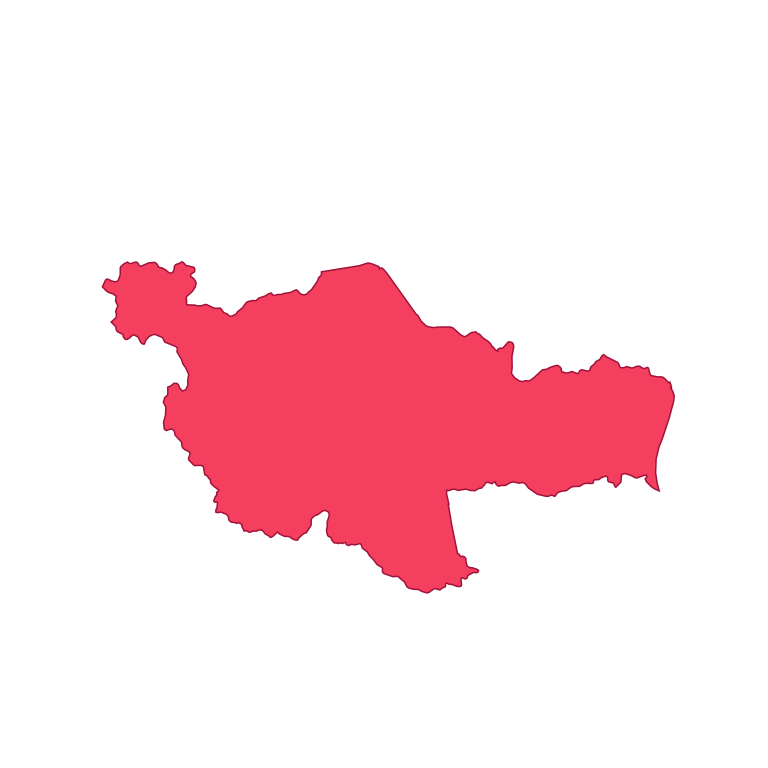 the district of Salitre, Guayas, Ecuador, rotated 317°
{"feature_id": "8360857B73646233564804", "entity_name": "Salitre", "entity_type": "district", "adm_level": 2, "iso_a3": "ECU", "parent_name": "Ecuador", "parent_adm1": "Guayas", "projection": "albers", "projection_center": [-79.812, -1.795], "detail": "fine", "context": "isolated", "style": "filled", "palette": "rose", "viewbox_px": 768, "rotation_deg": 317, "n_neighbors": 0, "source": "geoboundaries", "source_scale": "gbopen_adm2", "svg_char_len": 6171}
<svg xmlns="http://www.w3.org/2000/svg" viewBox="0 0 768 768"><g transform="rotate(317 384 384)"><path d="M454.9,284.6L446.5,280.6L414.8,259.3L412.4,261.6L408.7,261.7L405.6,263.3L395.3,265.6L390.9,265.3L389.1,265.7L386.2,264.2L384.9,262.3L384.4,260.9L384.5,256.7L384.0,255.2L377.9,253.2L372.1,249.2L370.8,249.1L367.2,246.0L364.3,244.6L363.3,242.9L363.7,240.7L361.4,239.4L357.4,238.7L351.1,235.8L347.1,235.8L345.2,233.6L341.1,231.1L338.9,230.5L332.6,231.7L326.5,231.3L323.3,231.9L318.8,230.5L317.3,228.9L317.0,225.7L315.5,222.5L316.1,217.5L315.7,216.4L313.4,214.8L311.4,212.4L308.5,205.1L307.5,203.9L303.8,202.2L301.1,199.9L299.4,197.2L294.0,191.8L293.9,191.1L297.2,187.6L297.5,186.6L299.3,185.4L306.9,185.6L311.8,184.5L315.1,182.4L315.9,181.3L316.6,178.5L316.7,176.4L316.0,173.9L316.4,172.8L318.0,172.0L321.3,172.7L322.6,172.3L324.3,170.5L324.5,168.9L320.0,162.2L320.1,158.4L319.5,156.7L317.3,156.4L313.0,154.6L311.2,154.9L308.2,157.3L306.2,158.0L304.8,158.2L303.6,157.5L302.5,155.2L302.2,151.9L300.9,147.9L299.0,145.2L299.8,140.8L299.1,138.5L294.2,134.8L286.6,132.2L285.7,130.4L286.5,127.8L286.1,126.1L285.2,125.2L281.3,123.5L279.9,122.0L279.5,119.9L275.9,118.8L271.4,118.7L270.3,119.2L265.5,124.3L260.7,126.7L259.1,127.0L256.9,125.7L254.6,122.2L254.4,120.8L253.4,118.8L252.5,118.1L251.1,118.1L244.3,120.9L244.4,126.7L245.2,129.7L247.2,133.0L248.0,137.2L244.2,140.3L242.7,145.3L238.0,147.4L237.0,148.2L236.1,150.2L233.5,152.7L226.7,152.6L226.9,158.8L224.9,162.4L224.7,163.9L226.8,169.6L225.4,172.1L225.2,174.0L225.5,175.3L226.7,176.2L229.0,176.8L233.3,176.8L234.8,177.8L236.1,182.0L234.4,187.9L234.7,189.7L235.5,191.1L236.0,191.3L239.7,189.6L244.4,189.0L248.8,190.4L250.4,191.7L253.5,198.5L253.3,200.6L252.2,203.7L257.3,214.7L257.4,216.1L257.0,217.2L254.5,219.3L252.6,228.1L250.5,232.4L250.1,236.4L247.8,243.7L243.2,247.3L239.7,251.1L235.2,253.0L231.8,251.6L231.8,247.8L233.2,244.1L232.8,242.1L230.8,240.2L226.9,240.1L223.8,238.8L218.8,244.1L217.5,244.6L214.5,244.3L210.2,246.8L208.8,252.1L202.6,258.0L196.8,261.5L192.9,266.6L192.5,267.6L193.0,269.6L197.1,271.4L198.1,272.5L198.6,274.5L198.2,276.0L196.3,279.1L196.3,288.5L194.3,291.0L193.3,293.2L193.5,296.2L195.0,299.9L195.2,301.9L194.4,302.9L190.0,305.2L189.4,306.6L189.6,314.2L194.5,318.5L195.7,321.0L191.1,328.1L192.1,331.0L191.6,332.6L191.6,335.8L189.9,337.8L189.5,340.3L190.7,348.5L190.6,349.1L189.7,349.4L187.7,349.2L186.2,351.0L183.4,351.5L179.7,353.4L179.5,354.7L181.3,356.4L181.1,357.4L177.2,360.8L175.4,361.3L173.6,362.9L174.2,364.3L177.4,366.5L179.8,371.7L179.9,374.1L177.7,378.1L178.0,380.8L180.6,384.0L181.2,385.5L182.9,386.0L183.9,388.5L184.0,390.0L182.9,391.3L181.4,396.2L183.7,397.8L184.0,399.7L184.8,401.1L187.6,402.0L190.6,404.7L193.3,405.6L195.3,408.2L194.9,413.0L196.0,415.6L196.3,418.8L199.1,419.7L205.1,419.6L205.3,422.5L206.8,426.4L207.6,427.9L210.4,430.5L211.7,435.8L213.8,438.9L214.7,439.2L216.7,438.5L222.9,438.6L225.9,439.8L233.4,437.9L234.8,437.2L238.5,433.3L241.0,432.9L244.0,433.2L246.3,434.4L252.4,435.0L254.5,436.1L255.2,437.3L256.0,440.0L254.6,442.6L248.1,446.3L245.2,449.7L242.5,451.4L240.5,454.3L239.4,456.5L239.6,458.0L240.6,459.9L239.4,462.3L239.2,466.4L240.9,467.8L241.7,469.5L243.5,470.3L244.9,472.3L247.7,473.5L247.0,475.6L247.8,477.9L251.1,479.2L253.0,481.9L257.7,484.4L257.8,486.0L256.2,489.4L257.3,495.3L256.3,499.9L256.5,504.7L255.8,511.5L257.3,516.8L256.9,518.1L254.8,520.2L254.5,522.3L259.1,531.0L262.9,534.0L263.9,542.9L262.5,547.9L262.9,549.9L265.0,553.5L269.0,557.8L270.4,561.9L273.0,566.2L274.9,567.1L280.9,567.9L281.8,568.4L284.4,572.7L287.8,573.0L290.5,574.1L292.8,572.3L294.1,572.2L295.0,574.8L297.1,577.1L299.1,581.4L300.7,583.4L302.1,584.2L303.0,584.3L303.8,583.7L306.9,579.6L308.1,578.9L309.3,579.4L310.4,581.8L311.4,582.5L312.7,582.5L314.1,581.5L315.3,581.3L320.2,582.6L321.3,583.2L323.0,585.2L324.8,585.7L326.0,584.8L325.7,583.2L323.5,579.0L321.3,576.4L320.7,573.8L322.4,570.4L324.8,567.5L325.0,566.0L324.5,564.1L322.4,562.4L322.8,560.0L322.2,558.1L337.5,533.1L348.8,516.1L349.4,516.3L355.0,506.8L357.5,504.5L358.7,506.2L362.5,507.8L364.5,510.0L365.5,512.3L372.2,516.7L374.7,520.9L377.9,524.2L381.8,524.9L384.4,526.6L389.2,526.2L390.8,525.5L392.9,526.7L395.1,530.7L396.9,530.6L398.4,531.4L397.6,533.5L397.7,536.0L398.3,537.0L400.6,538.2L403.8,541.1L409.0,542.2L411.8,543.8L415.1,548.6L418.7,551.0L419.2,553.9L418.7,558.7L421.0,569.3L425.9,576.6L427.3,578.0L430.7,579.5L432.4,582.7L437.0,581.9L441.1,583.7L444.5,586.3L450.8,587.1L453.0,588.5L457.3,592.3L461.2,593.0L463.6,594.0L468.6,598.9L469.7,598.9L471.3,597.7L472.4,597.5L475.8,600.4L479.8,600.9L483.5,602.8L484.1,604.3L481.6,607.7L481.8,609.2L484.3,613.0L482.9,616.7L483.2,617.6L490.4,617.3L495.2,612.8L496.9,612.6L499.1,613.8L502.2,619.1L503.7,623.8L504.9,625.2L512.3,628.4L513.5,629.4L513.5,630.9L510.3,631.5L509.3,634.4L509.5,641.6L510.4,645.3L512.4,649.9L516.1,642.9L522.0,634.3L531.8,624.5L542.0,617.7L549.7,614.1L569.0,603.6L584.1,594.2L588.3,590.4L590.2,586.3L591.0,582.5L591.6,582.9L592.4,582.0L594.4,577.6L593.2,577.6L592.9,570.2L592.1,568.4L588.9,565.3L585.3,560.3L585.1,558.6L588.1,553.0L588.2,551.8L587.4,551.1L585.6,550.7L583.9,549.0L583.2,545.5L581.7,543.9L576.2,541.5L573.5,536.9L570.2,535.5L568.2,533.3L568.1,532.5L569.6,528.8L569.5,527.3L565.4,516.3L564.7,512.3L562.9,512.0L558.3,513.2L554.2,512.1L551.7,512.8L546.8,512.6L543.8,514.3L542.8,514.2L541.5,513.1L538.4,508.5L536.3,507.8L533.8,508.7L532.7,508.5L530.0,503.1L525.7,501.1L524.6,500.0L522.3,496.2L524.1,493.6L524.4,491.7L523.8,489.0L522.4,487.7L516.4,485.0L513.4,484.3L509.4,481.7L497.4,481.6L492.4,480.9L489.7,478.1L486.8,476.6L484.8,473.7L484.5,471.1L483.7,468.9L484.4,463.2L488.8,459.5L496.3,451.2L504.0,445.5L505.5,443.5L506.0,441.4L505.3,439.7L503.6,438.0L495.1,438.8L493.2,436.8L490.8,436.3L489.6,437.5L488.7,435.0L489.1,431.6L488.7,430.0L489.4,427.1L489.2,423.6L487.8,417.8L487.8,412.6L487.0,411.4L486.7,408.4L482.5,405.8L476.9,405.1L474.9,404.1L473.6,400.2L472.7,390.1L471.5,387.7L461.7,378.6L459.1,376.9L455.9,373.1L454.4,370.0L454.0,363.5L455.5,356.9L455.1,354.9L461.6,305.6L461.9,299.7L461.5,297.4L459.1,296.6L460.2,295.3L460.2,294.4L457.0,287.6L454.9,284.6Z" fill="#f43f5e" stroke="#9f1239" stroke-width="1.5"/></g></svg>